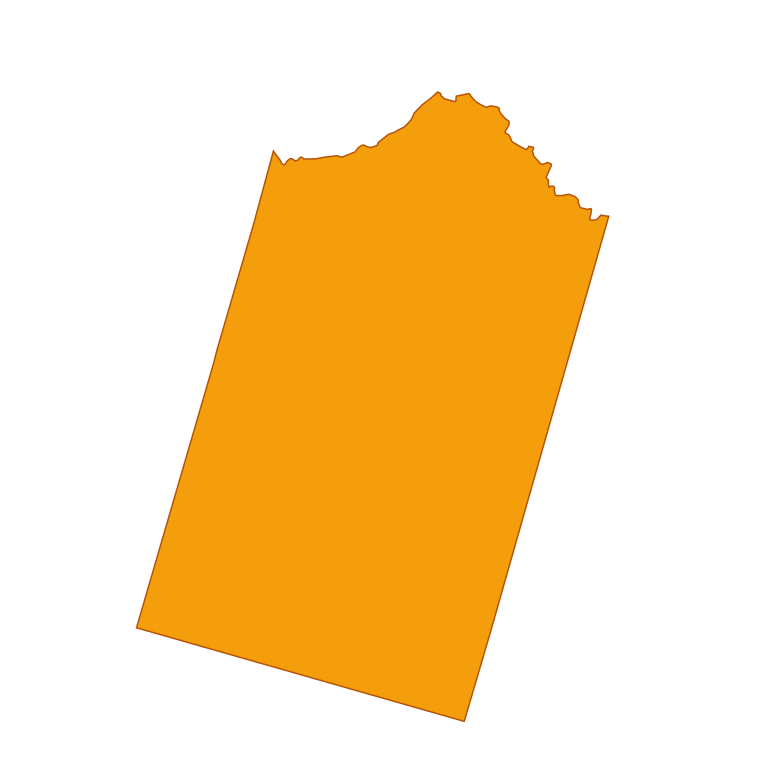 the district of Plymouth, Iowa, United States of America, rotated 106°
{"feature_id": "52423323B13817695783408", "entity_name": "Plymouth", "entity_type": "district", "adm_level": 2, "iso_a3": "USA", "parent_name": "United States of America", "parent_adm1": "Iowa", "projection": "natural_earth1", "projection_center": [-96.528, 42.735], "detail": "fine", "context": "isolated", "style": "filled", "palette": "amber", "viewbox_px": 768, "rotation_deg": 106, "n_neighbors": 0, "source": "geoboundaries", "source_scale": "gbopen_adm2", "svg_char_len": 1589}
<svg xmlns="http://www.w3.org/2000/svg" viewBox="0 0 768 768"><g transform="rotate(106 384 384)"><path d="M686.2,213.9L594.7,213.3L160.8,214.2L161.4,217.3L161.8,221.9L167.4,224.8L169.2,228.9L169.3,230.8L168.3,232.0L163.1,232.0L158.7,232.9L158.4,233.7L160.0,236.4L160.4,243.9L155.7,247.6L153.8,247.8L153.1,248.5L151.3,251.9L150.6,258.3L150.7,258.8L153.7,264.6L155.4,270.4L154.5,271.7L150.3,274.0L148.1,274.1L147.3,275.5L147.7,277.9L149.3,279.7L144.3,282.0L142.8,282.1L141.0,285.1L134.4,284.3L127.9,283.3L126.5,283.9L125.9,287.7L129.4,292.5L129.3,293.6L124.3,302.0L123.3,303.0L119.2,305.6L116.1,305.1L115.3,305.9L115.6,310.4L118.3,310.9L119.3,311.8L119.4,312.5L118.0,319.5L115.9,327.5L110.2,332.6L109.3,336.5L108.7,337.2L100.1,335.3L97.1,336.2L95.3,340.9L91.7,346.5L88.7,349.1L87.3,349.1L86.5,351.6L87.2,358.2L89.9,362.1L88.6,369.1L87.2,373.7L84.4,378.3L81.4,382.1L82.3,384.2L87.4,393.9L91.8,393.0L93.0,393.4L93.2,404.4L91.1,408.7L89.1,409.7L88.5,412.6L89.2,413.4L97.0,418.2L104.3,423.7L115.0,429.6L118.7,430.0L123.4,431.0L131.4,435.3L137.0,441.6L138.0,441.9L142.8,448.5L153.4,456.1L155.9,456.2L156.9,456.8L160.4,462.0L160.6,465.2L159.9,469.2L160.4,470.8L163.6,473.6L169.0,475.9L177.1,486.4L177.9,489.2L177.4,491.8L182.4,503.8L186.2,511.3L189.6,522.0L189.6,523.3L188.7,525.4L189.0,526.7L189.9,527.4L192.3,528.3L193.8,530.2L193.9,531.8L193.2,533.1L192.8,534.9L193.3,536.3L196.5,538.7L200.2,539.6L200.8,540.7L200.7,542.1L200.0,543.4L198.1,544.8L190.6,554.5L266.5,553.4L396.5,553.9L411.7,553.5L594.8,554.3L686.6,554.7L686.2,213.9Z" fill="#f59e0b" stroke="#b45309" stroke-width="1.5"/></g></svg>